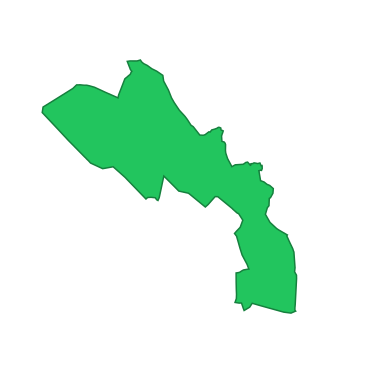 outline of Udi, Enugu, Nigeria, rotated 323°
{"feature_id": "59680162B18977545928744", "entity_name": "Udi", "entity_type": "district", "adm_level": 2, "iso_a3": "NGA", "parent_name": "Nigeria", "parent_adm1": "Enugu", "projection": "natural_earth1", "projection_center": [7.382, 6.448], "detail": "fine", "context": "isolated", "style": "filled", "palette": "green", "viewbox_px": 384, "rotation_deg": 323, "n_neighbors": 0, "source": "geoboundaries", "source_scale": "gbopen_adm2", "svg_char_len": 2599}
<svg xmlns="http://www.w3.org/2000/svg" viewBox="0 0 384 384"><g transform="rotate(323 192 192)"><path d="M263.8,213.0L263.5,213.0L263.2,212.8L263.0,212.7L263.7,209.7L262.2,209.1L261.3,208.6L260.7,207.8L259.2,206.2L258.5,205.9L258.2,206.0L257.7,206.0L257.3,205.6L256.8,205.3L256.2,205.0L255.5,204.8L255.3,205.4L255.3,205.8L254.8,205.9L254.5,204.9L254.6,203.7L254.5,202.6L254.4,201.6L252.8,200.8L249.6,200.7L242.9,196.3L239.1,195.8L240.5,186.8L242.4,181.2L243.7,179.0L247.3,174.4L247.8,173.0L247.8,171.5L246.4,169.5L249.5,164.8L250.2,164.5L251.0,163.8L251.8,163.4L253.7,162.0L253.4,161.2L252.6,160.4L252.7,159.5L253.5,158.3L252.9,157.0L251.9,156.2L250.2,156.1L247.9,155.4L245.1,154.3L242.5,155.0L241.7,154.1L236.9,154.1L235.2,153.5L232.5,151.2L232.3,140.6L231.4,138.0L231.9,130.9L231.9,127.4L231.1,119.0L231.6,109.9L232.3,104.5L234.5,96.5L236.1,86.4L238.9,81.3L236.5,74.2L234.0,69.2L232.5,64.1L230.7,60.5L230.1,58.1L230.2,55.5L227.0,54.3L223.3,51.5L221.5,50.1L218.9,48.7L216.7,56.5L216.5,57.1L216.5,58.5L216.6,59.4L215.5,59.7L213.4,60.9L212.0,60.9L206.5,61.2L198.0,66.5L191.7,70.4L189.6,72.3L189.2,71.6L182.7,60.0L180.9,56.6L177.2,49.7L174.1,45.6L172.4,43.6L172.1,43.3L169.9,41.6L167.3,39.2L164.3,37.0L159.3,37.6L159.0,37.6L137.1,35.7L124.2,34.5L120.2,38.4L122.8,62.0L124.3,76.5L125.0,81.6L126.7,94.5L127.4,99.8L127.5,100.0L127.6,100.9L127.7,102.1L128.1,104.5L128.2,105.4L128.4,107.8L134.7,119.6L144.2,124.4L147.3,139.7L151.0,169.9L153.3,169.7L156.1,171.6L159.2,174.5L159.1,176.9L159.7,178.3L162.4,176.8L179.1,162.3L181.2,177.1L182.0,183.3L188.4,190.8L188.8,192.1L193.6,212.0L197.4,211.7L207.7,209.6L209.8,211.3L214.3,229.9L214.2,230.1L215.3,235.6L215.7,236.6L216.2,237.2L215.8,242.7L215.6,245.1L209.2,249.2L203.8,250.1L201.0,250.7L201.0,254.1L198.5,260.6L196.5,265.7L194.1,272.5L192.4,283.1L191.0,287.8L189.3,286.8L186.1,285.2L183.8,284.9L181.8,284.8L180.4,284.2L178.5,283.2L173.0,290.6L168.6,296.7L165.9,300.6L163.3,303.8L159.9,306.1L162.8,309.1L163.7,309.7L164.7,310.5L163.5,314.1L162.9,315.9L162.3,318.0L168.7,318.7L173.1,317.1L178.8,324.7L193.0,343.2L198.2,348.3L203.1,349.5L203.0,348.4L204.6,346.3L204.9,346.0L206.7,344.0L223.3,324.2L225.4,321.3L225.9,317.5L228.7,314.5L237.3,301.2L237.3,300.9L238.4,297.7L239.7,291.1L241.3,284.0L242.3,283.7L238.3,274.2L237.6,272.1L236.0,263.2L237.2,254.0L242.7,249.9L245.2,249.3L249.9,243.6L251.2,243.8L255.9,241.7L259.0,238.2L258.0,233.5L256.5,231.0L255.6,227.4L253.6,224.2L258.2,215.3L258.7,215.7L259.3,215.6L259.9,215.8L260.5,216.6L262.1,215.6L262.6,215.0L263.0,214.3L263.7,213.5L263.8,213.0Z" fill="#22c55e" stroke="#15803d" stroke-width="1.5"/></g></svg>